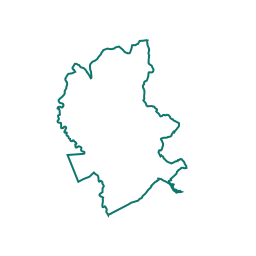 Vulcan, Brasov, Romania, rotated 134°
{"feature_id": "2599482B91896780036190", "entity_name": "Vulcan", "entity_type": "district", "adm_level": 2, "iso_a3": "ROU", "parent_name": "Romania", "parent_adm1": "Brasov", "projection": "orthographic", "projection_center": [25.394, 45.633], "detail": "fine", "context": "isolated", "style": "outline", "palette": "teal", "viewbox_px": 256, "rotation_deg": 134, "n_neighbors": 0, "source": "geoboundaries", "source_scale": "gbopen_adm2", "svg_char_len": 5794}
<svg xmlns="http://www.w3.org/2000/svg" viewBox="0 0 256 256"><g transform="rotate(134 128 128)"><path d="M118.7,210.8L123.4,209.7L124.0,208.1L123.6,207.5L124.3,205.0L127.5,206.2L130.5,208.5L133.0,208.2L135.3,207.5L136.1,207.4L137.1,206.0L137.1,205.5L137.6,204.4L137.5,203.6L137.9,203.1L139.2,201.8L141.2,201.0L142.2,200.0L143.3,199.8L144.0,199.5L145.2,199.3L145.9,198.8L146.9,197.6L148.1,197.2L150.9,197.0L154.2,197.4L155.4,197.4L156.0,197.2L156.9,196.5L157.2,195.1L157.2,194.4L156.9,193.7L156.2,192.8L155.8,191.7L155.9,191.0L156.1,190.7L156.3,190.5L156.6,190.5L156.9,189.8L158.7,189.5L159.2,189.8L159.8,191.4L160.7,192.4L161.5,192.8L162.3,192.6L162.9,192.2L162.8,191.7L162.3,191.2L162.1,190.7L162.8,189.9L163.3,188.8L164.8,187.5L165.4,186.5L166.0,186.2L167.5,187.0L167.7,186.9L168.6,185.8L169.2,184.4L169.5,184.0L170.0,183.7L171.6,183.6L172.1,183.3L172.5,182.8L172.5,182.1L172.4,181.7L171.5,180.6L171.1,179.9L171.1,179.6L172.8,177.6L173.8,176.8L174.4,176.1L174.4,175.8L173.4,174.9L173.0,174.7L171.4,174.8L170.6,174.0L170.5,173.2L170.7,172.7L171.1,172.4L171.6,172.4L173.3,171.6L174.6,171.4L175.1,171.0L175.2,170.5L175.1,169.9L174.9,169.6L174.4,169.5L174.0,169.2L173.9,168.8L175.7,167.4L175.9,166.4L175.5,165.3L175.7,164.7L176.4,163.8L176.5,163.1L176.1,162.1L177.0,161.0L177.0,159.9L176.7,159.4L176.1,159.0L175.1,159.0L174.7,158.5L174.9,157.3L174.7,155.5L174.8,154.8L175.0,154.3L175.4,154.2L176.4,154.5L176.7,154.3L177.2,153.3L177.9,152.9L178.1,152.3L178.1,151.7L177.3,151.2L175.5,150.9L174.6,149.1L174.5,148.5L174.6,148.0L174.8,147.6L176.3,146.6L176.7,145.9L176.7,145.2L176.5,144.7L175.7,143.3L175.6,142.9L176.1,142.1L176.4,141.8L176.8,141.7L178.0,142.5L189.4,152.7L201.2,126.4L195.5,124.5L189.9,121.9L183.7,121.6L183.8,119.5L183.3,117.5L183.4,116.0L185.0,113.9L186.4,112.5L186.6,111.4L186.3,111.2L185.6,111.2L184.9,110.9L184.6,109.3L184.8,108.7L185.5,108.2L185.9,107.3L186.3,105.7L186.6,105.0L189.1,104.3L191.9,101.8L194.3,102.3L195.6,102.3L196.1,101.8L196.3,100.6L195.3,97.6L196.1,97.3L198.2,95.1L201.6,92.7L202.5,91.3L202.3,90.9L201.9,90.7L200.5,90.3L200.3,89.8L201.2,86.9L201.9,86.3L203.0,85.8L203.6,84.9L203.9,83.3L204.4,81.6L203.9,81.9L201.1,80.6L200.8,80.7L183.1,74.7L179.7,73.9L173.3,70.3L171.0,70.4L168.9,69.5L166.6,70.2L163.5,69.9L157.8,70.5L156.4,70.3L153.9,70.5L153.5,71.1L148.6,71.0L146.1,70.3L145.8,70.5L145.5,70.2L144.0,70.0L143.4,71.1L143.1,70.8L142.7,70.2L142.3,69.4L141.7,68.7L141.4,66.6L140.9,65.4L140.0,62.7L139.8,61.9L139.8,61.2L139.3,60.2L139.4,57.7L139.6,57.1L139.5,56.6L139.8,56.4L140.2,55.2L140.5,55.0L140.4,54.1L141.0,53.0L141.1,52.2L141.2,51.2L140.7,49.7L140.7,49.4L140.9,49.0L140.9,48.4L140.8,48.2L140.2,48.5L139.9,48.4L139.5,47.5L138.9,47.1L137.6,45.6L136.8,45.2L137.1,45.9L137.0,46.8L137.6,47.2L139.1,49.4L139.0,50.6L139.1,50.9L139.8,51.1L140.1,51.3L140.1,51.7L140.3,51.9L140.0,52.5L139.7,54.0L139.0,55.3L138.6,55.5L137.4,55.7L136.9,55.9L137.2,56.6L137.8,56.6L137.9,57.2L138.5,57.5L138.5,58.7L138.6,59.1L138.6,60.5L138.3,61.2L137.6,61.8L135.6,60.7L134.9,61.6L134.9,61.9L131.3,61.6L127.6,61.4L126.8,61.6L125.4,62.4L124.6,62.3L123.1,62.5L122.1,62.1L120.1,61.8L119.6,62.0L118.2,60.6L117.7,59.4L116.2,58.2L114.9,59.7L114.3,62.6L113.8,63.2L113.4,64.3L113.4,64.9L113.4,66.1L113.2,67.7L113.3,68.1L113.7,68.5L114.6,69.0L115.0,68.8L115.4,69.0L115.9,69.5L116.4,69.8L117.3,69.3L117.5,69.7L118.4,70.1L119.1,70.7L120.8,71.1L123.4,72.2L123.4,72.9L124.4,74.7L124.7,75.9L125.0,76.5L125.0,77.9L125.1,78.5L125.0,78.9L124.8,80.5L125.0,80.7L125.0,81.5L124.4,82.4L124.2,82.9L124.6,84.3L124.5,85.0L125.8,85.0L124.5,88.5L124.5,88.9L122.8,90.1L121.7,89.6L121.4,88.8L119.4,89.0L117.9,90.0L116.3,90.6L115.1,91.8L114.7,92.2L114.0,94.1L113.6,94.5L113.6,95.4L113.3,95.9L113.1,96.6L112.9,96.8L112.0,96.4L111.6,96.4L109.9,95.3L108.7,93.9L107.5,93.2L107.0,93.2L105.3,91.9L103.7,91.4L102.9,91.6L102.2,92.1L101.5,92.3L100.3,92.3L98.8,92.8L98.5,92.6L98.9,92.1L98.9,91.7L98.1,92.0L96.5,92.2L95.7,92.1L93.8,92.4L92.8,92.4L91.2,92.7L90.6,93.1L89.2,94.6L89.3,94.8L89.3,95.5L89.8,96.9L90.4,99.4L90.9,100.2L90.9,100.9L90.6,102.0L91.1,102.7L91.2,103.1L91.5,104.2L90.7,105.8L90.6,107.6L90.7,108.1L91.7,109.4L92.8,109.8L93.1,110.0L93.5,111.2L93.9,111.6L94.4,111.8L95.6,111.8L96.1,112.0L97.1,112.8L97.0,113.4L96.5,115.0L96.3,116.5L96.6,118.0L96.4,119.3L95.3,119.4L94.7,119.9L94.4,120.5L94.8,122.0L94.7,122.8L94.4,123.8L95.0,124.8L95.3,125.0L95.6,126.1L97.9,128.2L98.8,128.9L99.0,130.2L98.2,131.7L97.7,133.3L97.5,136.1L97.2,136.3L96.3,136.3L95.5,136.7L94.7,137.8L91.2,140.7L90.2,141.7L89.1,143.2L88.7,144.7L87.9,146.1L87.3,146.6L86.2,146.9L85.3,146.8L84.6,147.7L83.9,148.1L82.7,148.2L81.1,147.5L79.9,147.8L76.4,149.5L75.3,150.6L73.6,151.7L73.4,151.6L72.3,150.5L71.6,149.5L71.2,149.3L70.1,149.2L69.6,149.3L68.7,150.0L68.3,150.2L68.0,150.7L67.4,152.8L66.7,154.2L67.1,156.0L67.1,156.5L67.3,156.8L67.3,157.3L67.0,157.8L67.1,158.1L66.7,158.5L66.5,158.9L65.8,159.2L65.4,159.8L64.7,160.5L62.9,161.7L62.3,162.5L61.0,163.2L60.6,164.4L60.1,165.1L59.2,165.8L58.7,165.9L57.5,166.9L57.3,166.9L56.8,167.4L56.9,167.5L56.0,168.8L54.7,171.7L52.7,174.1L51.9,174.6L51.6,174.7L51.7,174.8L52.0,175.7L52.3,176.0L52.8,176.3L54.3,177.4L56.7,179.6L57.4,180.1L60.0,179.4L60.3,179.2L60.6,179.3L62.0,180.0L63.2,180.1L63.4,180.4L64.7,181.8L65.7,182.5L66.3,181.9L66.9,181.7L67.9,181.0L71.1,179.4L72.8,178.8L73.2,178.9L74.5,180.1L74.5,180.6L75.3,181.9L75.6,183.8L75.3,186.2L75.7,191.1L78.8,193.0L80.4,193.1L82.9,194.8L83.9,195.9L85.1,197.9L89.0,199.8L89.6,199.8L90.9,199.4L92.2,199.4L93.6,198.7L97.8,198.5L99.8,198.0L103.1,198.7L104.5,199.4L105.3,199.6L107.6,199.5L109.2,199.1L112.0,196.1L113.4,193.5L116.6,189.8L117.7,189.1L118.1,189.3L117.2,191.8L116.2,196.3L116.4,196.4L115.8,198.0L115.6,200.4L115.8,201.9L116.2,202.4L117.2,204.4L116.7,206.8L117.2,207.4L117.6,209.5L118.7,210.8Z" fill="none" stroke="#0f766e" stroke-width="2"/></g></svg>